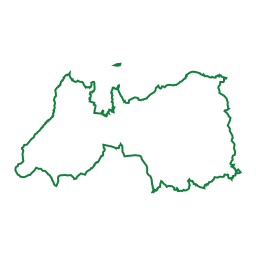 Probolinggo, Jawa Timur, Indonesia
{"feature_id": "22746128B57336658570108", "entity_name": "Probolinggo", "entity_type": "district", "adm_level": 2, "iso_a3": "IDN", "parent_name": "Indonesia", "parent_adm1": "Jawa Timur", "projection": "natural_earth1", "projection_center": [113.292, -7.852], "detail": "fine", "context": "isolated", "style": "outline", "palette": "green", "viewbox_px": 256, "rotation_deg": 0, "n_neighbors": 0, "source": "geoboundaries", "source_scale": "gbopen_adm2", "svg_char_len": 5776}
<svg xmlns="http://www.w3.org/2000/svg" viewBox="0 0 256 256"><path d="M234.4,168.0L231.8,166.7L233.6,165.7L234.0,164.7L231.6,165.0L230.4,163.7L231.7,160.8L232.8,159.8L232.3,158.2L232.4,157.0L233.2,155.5L234.8,154.8L235.2,151.8L233.9,148.2L234.5,145.3L234.3,143.8L231.7,140.8L231.9,139.2L232.7,138.3L232.4,135.7L229.7,130.8L229.9,128.5L227.7,125.5L229.8,120.9L230.5,117.8L228.7,116.3L228.8,115.9L227.2,113.4L224.5,111.0L224.9,110.4L227.4,109.9L228.9,108.6L228.2,108.3L227.9,105.8L227.5,104.9L227.8,102.4L226.4,98.3L224.0,95.7L219.5,93.0L219.5,90.7L218.3,87.8L218.5,86.7L220.1,84.5L220.3,82.0L223.3,82.1L224.0,81.1L224.0,78.5L225.9,78.7L226.3,78.0L221.5,76.7L221.2,75.8L219.7,74.9L219.2,76.2L218.5,75.7L218.5,76.2L217.8,75.8L215.9,76.3L215.7,77.6L214.2,77.6L212.0,76.8L211.6,77.4L209.8,77.4L207.5,76.1L205.9,76.3L204.3,75.8L203.4,75.4L204.0,75.0L203.7,74.6L203.5,75.2L200.4,74.1L200.0,73.3L195.6,72.0L192.6,71.7L190.7,72.2L186.4,74.9L186.0,76.0L186.7,75.7L186.8,76.0L186.0,76.4L185.5,78.3L183.9,79.1L181.6,81.5L180.0,81.8L179.4,82.7L176.2,85.0L174.3,84.8L173.7,85.4L169.2,84.8L167.3,85.1L166.1,85.8L164.7,87.3L163.2,86.4L161.9,86.4L161.5,87.9L160.4,88.6L159.2,87.7L158.3,85.7L155.9,88.0L155.2,91.1L153.8,92.4L150.3,94.6L147.2,97.6L146.9,98.4L143.8,99.2L143.5,99.7L141.9,99.6L140.2,100.3L138.4,99.6L138.4,98.5L137.6,97.9L134.8,97.4L129.1,100.2L128.7,102.9L128.4,103.0L126.0,102.8L125.3,102.4L124.8,101.0L124.2,101.5L124.2,100.8L123.5,100.6L121.6,96.5L121.0,96.2L118.3,90.3L118.2,87.9L119.1,86.5L118.9,85.4L118.1,86.0L117.7,87.7L117.3,88.2L116.8,88.2L116.3,89.1L114.6,88.5L114.3,87.8L113.2,87.9L112.9,86.9L112.3,89.9L111.7,90.7L111.2,92.9L112.0,93.2L112.1,95.1L112.5,95.4L111.9,96.8L111.8,98.2L112.7,99.2L111.7,101.9L112.8,102.3L112.7,105.2L113.2,107.0L114.4,107.3L113.7,109.0L112.7,108.5L113.6,112.2L111.5,111.5L111.1,110.0L109.3,109.6L109.2,110.8L108.1,111.8L108.8,113.4L107.9,113.0L107.3,113.2L106.3,114.7L106.6,115.0L106.1,115.2L106.4,115.5L106.1,115.6L106.4,116.2L106.1,116.4L103.6,115.1L103.9,114.5L102.4,114.1L102.7,112.4L103.3,111.6L103.2,110.8L102.7,110.6L101.1,113.6L95.2,113.1L95.3,112.8L94.2,112.6L95.6,106.0L95.4,105.2L93.8,104.8L94.4,102.9L89.7,101.4L90.2,99.5L89.7,99.2L89.9,98.7L89.4,98.6L89.5,98.2L90.1,98.4L90.6,97.2L90.9,94.9L89.8,94.1L90.4,92.2L92.1,92.5L92.3,91.6L92.9,91.7L93.0,92.4L93.2,91.3L93.6,91.4L94.6,89.2L94.5,85.8L94.1,84.3L94.5,83.5L93.9,81.9L93.1,81.8L91.3,82.7L91.5,85.4L90.8,86.9L90.3,86.8L89.6,87.7L89.1,87.0L87.7,87.4L86.0,86.8L85.7,87.4L83.8,84.8L83.2,82.9L82.2,81.9L80.2,81.9L77.6,80.7L77.1,81.4L75.4,81.9L73.1,80.8L72.7,79.4L72.0,80.0L70.2,77.1L69.5,75.3L69.7,73.1L68.4,74.7L67.2,74.6L67.0,75.3L65.8,75.2L64.0,77.3L64.1,77.8L63.6,77.8L63.7,78.5L62.8,80.3L62.2,80.3L62.0,81.0L61.1,81.6L60.4,84.6L60.1,84.5L59.9,85.4L58.9,86.3L58.5,86.1L58.4,86.9L57.0,87.7L55.3,90.0L56.0,95.1L55.8,96.2L54.8,97.0L53.9,100.2L54.7,101.5L55.0,103.6L54.4,105.6L54.7,107.6L54.4,109.1L53.5,110.5L54.1,110.7L54.2,111.2L53.6,112.9L53.0,113.3L53.3,115.2L53.0,116.3L52.3,116.4L52.3,117.1L51.0,118.0L50.3,119.3L48.5,119.9L48.6,120.5L47.8,120.8L47.8,121.3L46.7,121.4L46.5,122.3L45.8,122.6L46.0,123.0L45.2,123.4L45.2,124.0L43.7,125.1L43.0,126.6L42.5,126.6L42.5,127.4L41.0,128.3L40.0,130.1L37.4,132.3L37.0,133.2L34.9,134.4L33.7,137.4L31.3,139.1L27.4,144.1L26.5,144.8L24.2,144.9L23.4,147.0L22.0,147.8L21.9,148.9L22.9,149.5L23.3,151.0L22.5,153.9L23.3,161.4L20.8,163.6L18.3,164.1L17.7,166.2L16.4,166.7L15.7,167.5L15.4,169.7L15.5,170.6L17.8,174.7L19.2,175.2L20.3,176.6L23.3,177.2L25.3,176.8L28.7,175.0L30.2,174.9L31.6,173.1L34.5,170.4L36.2,167.7L38.7,168.8L41.0,168.8L42.7,170.8L45.1,170.9L48.0,173.9L48.1,174.5L49.5,175.0L51.8,178.5L52.1,180.0L53.3,181.8L54.1,184.3L55.2,185.6L56.4,185.9L58.3,181.5L58.0,177.5L58.6,176.4L60.0,175.4L64.9,175.0L67.5,175.4L70.9,175.1L73.7,177.8L74.2,179.1L76.3,178.5L77.2,176.5L80.9,173.5L85.1,174.7L86.7,171.6L90.4,169.4L91.0,168.2L92.2,168.1L93.9,166.1L93.9,165.4L94.7,164.9L94.5,164.5L95.4,163.2L96.5,162.8L96.4,162.4L97.1,162.0L97.6,162.3L98.2,161.9L101.1,156.2L101.7,156.3L102.2,155.5L103.0,155.4L103.2,153.5L103.0,152.8L103.5,151.4L104.3,151.0L104.8,149.6L104.5,148.4L103.8,148.2L103.4,144.8L111.3,146.4L115.9,148.0L116.2,148.5L117.0,147.9L118.8,148.1L119.3,145.7L120.5,145.2L120.7,144.1L122.3,146.0L122.5,152.0L123.3,152.9L124.5,156.3L135.1,155.2L139.3,155.7L140.4,156.0L141.4,157.2L141.5,158.6L142.6,160.4L146.7,166.0L147.1,167.7L147.2,173.2L148.6,175.0L150.5,176.3L151.6,179.5L152.2,184.9L152.8,186.3L152.6,187.3L153.6,189.9L152.4,192.2L153.5,192.2L153.5,191.5L154.2,191.2L154.5,190.4L155.0,190.6L155.1,189.9L156.2,190.5L157.3,189.6L157.6,188.9L157.3,188.5L158.6,187.2L159.9,187.1L160.4,183.6L161.2,181.1L162.6,182.1L163.0,183.1L165.8,185.3L166.7,186.9L168.3,185.9L172.0,186.2L174.3,187.9L174.1,189.4L174.4,189.8L176.1,189.8L177.0,188.2L178.0,189.5L177.8,190.9L178.6,191.1L180.8,190.7L182.3,191.1L183.6,189.8L184.8,190.5L186.4,190.2L188.7,188.9L189.1,188.1L189.1,186.2L189.7,185.8L189.8,185.2L188.9,182.4L188.0,181.0L189.3,179.3L190.1,180.8L192.3,181.0L192.5,181.8L192.9,181.7L193.6,182.9L193.7,184.0L195.4,184.2L195.7,184.8L195.9,184.3L196.8,184.7L197.4,185.6L199.9,187.1L204.4,188.2L204.2,186.7L205.0,185.1L205.9,185.4L206.3,184.5L206.7,184.9L206.9,184.4L207.8,184.4L207.7,183.9L208.7,183.3L208.9,182.3L212.0,181.4L212.7,180.1L213.6,179.7L214.6,177.2L217.7,177.6L219.2,176.7L222.9,176.9L223.8,176.6L224.6,174.5L226.6,174.9L227.7,174.6L228.2,175.0L228.3,177.3L228.7,178.1L229.2,178.4L231.3,177.9L231.1,178.8L231.6,179.4L231.7,178.4L233.1,177.6L232.9,176.1L235.4,175.4L235.6,173.3L239.1,173.2L240.6,172.3L238.2,169.5L236.2,172.0L235.9,171.2L236.1,170.2L235.3,169.9L235.1,168.9L234.3,168.4L234.4,168.0ZM120.4,63.8L116.8,64.2L114.5,65.3L116.9,65.7L119.2,65.5L120.2,64.9L120.4,63.8Z" fill="none" stroke="#15803d" stroke-width="2"/></svg>